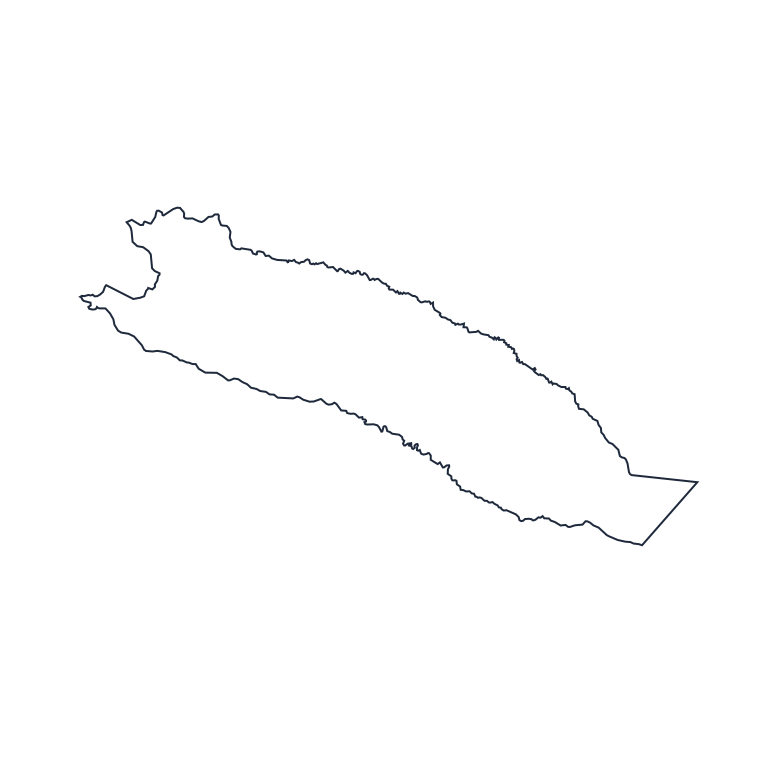 outline of Dolega, Chiriquí, Panama, rotated 141°
{"feature_id": "35544464B94814953668785", "entity_name": "Dolega", "entity_type": "district", "adm_level": 2, "iso_a3": "PAN", "parent_name": "Panama", "parent_adm1": "Chiriquí", "projection": "mercator", "projection_center": [-82.464, 8.626], "detail": "fine", "context": "isolated", "style": "outline", "palette": "slate", "viewbox_px": 768, "rotation_deg": 141, "n_neighbors": 0, "source": "geoboundaries", "source_scale": "gbopen_adm2", "svg_char_len": 6164}
<svg xmlns="http://www.w3.org/2000/svg" viewBox="0 0 768 768"><g transform="rotate(141 384 384)"><path d="M202.3,110.5L249.0,157.5L249.5,159.5L249.0,161.5L244.8,168.9L243.5,173.1L243.7,175.1L245.5,177.6L246.0,179.6L243.3,185.4L244.2,193.6L246.1,197.1L246.1,202.8L245.3,206.4L245.6,209.6L243.1,213.4L243.0,217.1L241.4,221.0L243.7,225.6L243.2,227.8L244.2,230.4L243.7,233.7L244.7,238.6L248.1,242.0L247.1,244.5L245.8,245.8L246.9,247.6L246.5,250.0L242.3,256.1L243.6,258.2L243.3,260.1L243.9,262.3L243.0,264.4L244.3,264.3L245.6,266.0L244.9,267.5L248.1,270.1L249.6,273.4L249.8,275.3L252.0,277.8L253.1,277.6L252.5,280.5L254.2,280.6L254.8,281.3L253.5,285.0L253.7,285.6L254.6,285.8L254.3,287.9L254.8,290.8L256.4,291.9L256.3,293.2L258.1,293.6L259.3,298.2L259.3,299.7L257.1,299.9L256.8,301.5L259.4,301.8L262.0,310.8L263.3,311.8L262.9,314.3L264.8,314.8L265.3,315.5L264.0,317.6L266.0,318.0L265.3,319.8L263.6,320.2L263.4,322.2L262.0,324.1L263.7,326.4L261.7,327.9L261.0,329.3L261.4,330.4L262.5,330.7L262.1,332.7L264.0,334.7L262.5,335.7L264.2,337.6L263.3,338.8L264.4,340.9L263.2,341.7L263.1,342.4L263.7,343.5L266.9,345.9L266.7,346.7L265.6,347.5L265.9,348.3L268.7,347.9L268.3,349.9L268.7,350.7L270.6,349.6L270.9,352.0L272.3,354.3L272.1,356.2L275.5,360.0L276.9,362.3L277.4,366.1L279.4,366.4L285.2,370.4L285.5,371.3L284.1,374.9L284.1,376.0L286.5,378.1L283.8,380.6L287.1,382.0L288.4,383.1L288.6,384.4L291.3,385.1L290.8,386.4L292.3,388.7L292.2,391.9L293.7,393.9L294.5,396.7L297.1,399.8L297.2,402.6L295.9,403.1L295.8,403.9L297.9,409.8L297.0,413.4L294.7,416.4L297.3,416.9L296.7,419.0L297.0,419.9L298.9,420.8L299.9,422.3L303.2,423.6L304.1,424.6L304.7,428.2L303.9,429.7L303.9,430.8L304.8,433.1L306.2,434.2L308.1,439.5L310.4,440.6L311.1,442.6L313.0,442.4L313.8,444.7L314.9,444.1L315.6,444.7L315.1,447.7L317.1,447.6L317.6,451.6L320.4,454.0L320.1,455.5L318.7,456.3L319.8,458.5L319.5,460.7L320.8,462.0L321.6,463.7L322.4,469.4L323.6,470.3L325.8,470.8L325.8,472.2L326.3,472.8L328.9,473.2L329.7,473.8L328.7,479.2L329.0,481.7L329.7,482.7L331.6,482.3L332.8,483.1L333.2,484.6L332.3,486.5L333.1,488.4L334.1,488.7L336.4,488.0L337.4,489.9L338.7,489.1L339.7,489.7L340.8,492.1L341.0,494.7L343.9,494.8L344.0,497.5L345.3,501.1L346.7,501.6L348.8,500.8L349.4,501.1L350.0,507.0L353.6,509.3L354.4,510.4L353.9,512.0L354.5,513.4L354.6,516.7L360.5,519.3L360.8,520.6L362.7,520.7L363.2,522.1L364.6,522.4L365.6,524.2L364.2,527.3L365.0,529.0L366.7,529.5L369.4,529.4L371.6,530.9L374.1,531.0L374.5,532.5L375.7,534.1L375.7,537.0L378.2,537.5L380.2,539.9L381.7,539.0L382.3,539.3L382.0,541.3L388.9,547.6L392.0,552.1L392.7,556.2L395.4,558.0L394.9,562.2L397.2,565.4L399.1,566.6L400.1,566.2L401.1,564.9L402.0,565.2L403.7,567.9L402.9,571.0L403.4,572.4L409.5,579.2L411.1,579.2L414.2,582.4L415.0,586.7L414.5,588.6L413.2,590.4L411.7,594.9L407.6,598.8L406.5,602.9L406.7,605.8L409.9,608.9L410.6,610.2L408.6,616.3L406.4,618.8L406.2,620.2L408.9,622.3L412.0,622.2L415.3,624.3L421.2,624.0L423.8,624.6L425.7,627.2L428.6,633.2L432.8,636.3L434.3,638.1L434.3,639.8L432.2,642.0L431.5,643.8L431.7,649.2L433.8,651.2L437.7,652.6L449.2,653.7L449.8,654.7L448.6,656.9L450.0,660.5L451.3,661.4L452.7,660.9L456.6,657.8L464.0,655.3L465.0,656.1L467.6,660.7L468.7,660.8L471.2,659.3L473.4,661.0L476.7,670.3L482.2,671.7L482.1,667.1L482.6,664.5L483.9,661.8L489.9,652.7L489.0,646.4L485.1,641.9L483.4,635.4L483.7,631.5L491.4,619.9L491.1,616.1L488.7,611.3L489.7,610.2L491.6,610.0L495.3,606.9L499.3,605.7L500.9,603.6L504.5,603.3L506.8,607.0L507.3,606.5L510.0,606.2L515.2,603.1L519.0,604.4L525.3,607.8L537.7,635.6L539.8,635.1L544.3,632.4L548.3,632.2L551.5,632.7L553.7,634.2L554.2,636.7L556.2,637.4L557.7,639.2L561.6,640.9L563.3,642.6L565.2,642.9L564.7,641.7L565.3,639.4L565.0,637.4L560.9,631.9L562.5,629.6L565.3,629.9L565.7,627.9L563.8,625.4L561.6,623.9L560.4,623.7L558.6,624.5L558.4,623.0L557.7,622.0L552.9,618.0L552.5,611.3L553.6,604.6L556.2,599.7L557.1,592.8L555.8,589.3L550.9,583.8L548.3,578.2L547.8,566.5L548.8,561.7L548.2,559.5L543.4,554.9L539.2,552.3L533.9,546.4L530.5,540.7L530.2,538.4L528.3,535.0L527.8,530.9L525.8,529.1L523.7,524.8L522.3,523.6L520.3,520.0L517.8,518.0L518.4,512.4L515.7,505.3L506.9,497.9L504.5,491.7L502.9,484.9L501.5,483.9L497.1,482.6L494.3,479.6L492.8,474.6L490.5,470.0L489.7,464.8L486.2,460.4L484.6,456.4L480.7,452.2L479.5,448.0L476.2,444.9L475.2,440.3L463.6,429.9L459.3,428.8L458.0,426.8L456.7,422.7L453.0,417.1L449.6,414.6L442.8,412.2L442.3,411.7L441.2,404.9L440.0,402.8L437.3,401.1L434.3,400.7L433.5,398.3L433.9,390.4L430.2,386.9L430.9,384.8L430.3,383.7L428.3,381.5L426.4,380.3L425.2,378.5L424.6,373.6L421.7,371.9L422.8,370.1L421.1,368.3L420.9,367.0L421.5,366.2L423.2,366.7L423.8,364.7L422.7,363.2L417.4,359.2L415.2,356.1L415.0,353.7L416.0,348.6L415.2,348.2L411.2,351.1L410.3,351.0L409.5,350.2L409.5,349.0L411.1,345.3L409.6,342.9L408.9,340.2L404.1,335.0L403.3,331.4L404.4,329.2L404.0,327.2L406.8,325.6L407.0,323.5L406.4,322.9L403.2,322.7L400.1,320.9L400.7,320.1L402.8,320.8L403.3,320.5L401.8,318.4L402.7,316.2L402.2,315.1L400.2,315.1L399.4,316.6L398.6,317.0L397.0,317.0L395.8,316.3L396.2,315.1L398.1,314.0L400.0,311.8L399.4,310.6L397.7,310.2L398.9,307.0L398.8,306.0L397.7,304.3L395.1,302.9L393.2,302.6L392.5,301.8L392.7,299.0L395.4,295.6L392.7,288.0L389.9,287.9L390.8,282.1L389.6,281.4L386.6,281.3L384.6,279.9L385.2,278.8L388.0,277.5L391.0,274.1L389.8,269.9L391.2,268.0L391.5,266.4L391.1,265.6L389.1,264.3L388.6,263.2L390.5,260.2L389.4,256.4L391.0,253.5L389.2,251.7L387.8,248.8L385.0,246.8L384.7,243.9L383.1,242.0L383.9,239.0L383.0,238.1L382.6,236.4L381.2,235.8L380.0,234.2L379.4,230.0L377.5,228.4L377.1,226.0L375.7,224.7L374.0,224.0L373.5,221.2L372.1,218.1L372.4,215.8L371.0,214.3L371.4,212.6L370.5,210.2L368.3,208.9L363.5,199.6L363.1,195.8L364.4,193.0L363.8,191.3L362.1,190.2L359.4,190.3L356.1,188.0L354.4,186.0L354.3,184.6L353.6,183.9L351.7,183.2L347.9,183.2L346.5,181.6L343.9,181.5L344.0,178.8L340.5,175.7L340.3,172.8L338.1,169.3L335.8,162.9L331.6,160.2L330.8,157.1L329.5,155.9L324.5,154.0L318.2,149.8L313.8,150.5L312.5,149.4L311.1,146.6L310.2,142.2L307.6,137.4L306.0,126.6L305.1,124.3L300.6,115.8L295.7,109.6L292.0,106.1L290.5,103.0L286.7,99.1L284.9,96.3L202.3,110.5Z" fill="none" stroke="#1e293b" stroke-width="2"/></g></svg>